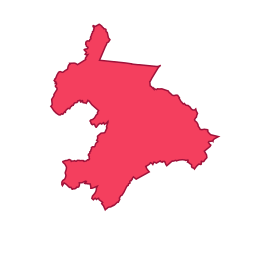 outline of El Arenal, Jalisco, Mexico, rotated 203°
{"feature_id": "50627088B54268846240144", "entity_name": "El Arenal", "entity_type": "district", "adm_level": 2, "iso_a3": "MEX", "parent_name": "Mexico", "parent_adm1": "Jalisco", "projection": "robinson", "projection_center": [-103.666, 20.759], "detail": "fine", "context": "isolated", "style": "filled", "palette": "rose", "viewbox_px": 256, "rotation_deg": 203, "n_neighbors": 0, "source": "geoboundaries", "source_scale": "gbopen_adm2", "svg_char_len": 5876}
<svg xmlns="http://www.w3.org/2000/svg" viewBox="0 0 256 256"><g transform="rotate(203 128 128)"><path d="M59.9,119.9L59.3,120.1L57.3,119.4L55.2,119.1L54.5,117.5L53.7,116.7L53.3,116.6L52.2,116.8L51.2,116.5L50.8,116.2L50.0,119.6L48.7,122.5L47.5,122.7L47.2,123.0L46.7,122.9L46.5,123.2L46.8,123.6L46.7,124.0L46.9,125.0L47.3,125.2L47.4,126.0L46.7,126.0L45.4,126.6L45.1,127.0L44.8,128.7L43.8,131.5L45.2,133.9L48.7,136.5L45.3,143.0L45.1,144.6L46.7,145.1L48.4,146.2L48.3,147.0L48.1,147.4L47.5,147.6L45.8,148.6L45.1,149.3L44.6,149.0L44.9,150.4L44.7,150.8L44.2,151.9L41.4,155.4L49.3,154.1L52.0,155.2L53.5,156.2L53.5,156.9L53.8,157.4L54.8,157.4L55.5,157.1L57.2,156.7L59.4,155.3L61.0,154.9L62.1,155.9L64.1,157.1L64.6,158.1L65.6,159.1L67.0,160.1L69.2,160.8L70.0,161.5L69.8,163.5L69.3,164.8L69.7,166.6L69.7,168.6L71.8,170.3L73.1,172.0L73.7,170.6L74.9,170.1L75.9,169.9L77.7,170.5L78.8,171.4L81.5,172.2L83.6,171.6L85.9,172.6L86.3,171.8L87.3,171.9L88.6,172.8L89.2,172.8L92.6,175.4L92.5,175.9L95.1,177.5L96.5,177.1L98.2,175.9L99.5,175.5L100.5,175.6L102.6,176.5L103.7,176.6L105.4,177.8L112.1,177.3L114.8,176.0L116.1,175.7L116.7,174.6L118.9,174.3L119.6,174.6L119.3,173.8L122.9,175.3L124.0,175.4L126.1,179.2L125.8,179.6L125.5,183.5L123.8,195.0L123.5,196.2L122.7,197.9L122.8,198.0L124.1,196.6L125.4,195.9L142.4,190.6L143.6,190.1L149.6,188.3L149.7,188.5L155.7,186.9L180.7,179.2L180.7,194.1L180.5,196.0L180.6,198.3L179.6,199.5L179.1,202.2L181.3,203.4L184.4,207.8L185.8,208.2L186.1,208.6L186.8,210.1L187.1,210.2L188.2,210.2L188.9,209.9L189.7,210.5L191.2,210.9L191.7,211.4L194.5,212.2L195.1,212.2L197.5,209.0L198.5,208.7L200.0,208.7L200.1,208.4L199.7,207.6L198.4,207.4L198.2,207.2L198.4,206.6L198.1,206.1L198.0,204.8L197.6,204.0L197.6,203.8L198.3,202.9L197.8,201.5L198.1,200.8L198.1,199.7L197.8,199.3L198.0,196.9L197.3,196.3L197.1,195.6L197.1,195.3L197.6,194.8L197.6,193.0L199.3,192.4L200.2,191.4L200.2,190.0L199.8,189.2L199.8,188.7L198.7,187.8L198.2,187.0L196.5,186.7L196.2,186.4L196.3,185.3L196.9,184.6L197.7,184.3L198.1,183.6L198.7,183.5L199.0,183.0L198.9,182.8L197.4,182.1L196.4,181.9L195.7,181.2L196.2,179.9L196.2,179.0L194.7,179.1L193.7,179.8L194.5,175.6L193.7,174.5L199.2,166.6L200.9,166.9L202.2,166.9L203.1,166.6L207.0,164.7L206.4,164.0L207.2,162.9L207.2,161.4L206.7,158.9L206.8,158.3L208.3,156.3L209.3,154.4L210.0,153.7L210.7,153.5L212.2,153.5L212.8,153.2L213.4,152.6L213.7,152.1L214.1,148.9L214.0,146.0L214.1,145.1L214.5,144.6L214.3,144.3L214.3,143.9L214.6,142.9L213.3,142.1L212.8,142.4L212.5,142.3L212.4,140.8L211.7,141.4L211.3,141.3L210.9,140.5L211.3,138.6L211.2,138.1L210.9,137.8L209.0,137.0L208.4,135.8L209.3,129.9L208.8,129.0L208.8,128.3L209.4,124.8L209.4,124.4L207.0,120.1L207.0,119.4L207.5,117.7L206.5,117.3L203.1,115.0L200.0,113.7L197.0,113.1L195.7,113.4L195.2,113.9L194.9,115.0L194.5,115.2L194.2,115.1L193.4,115.2L192.7,118.2L191.8,118.1L192.1,119.1L191.9,120.5L190.8,122.7L189.2,122.9L189.1,125.0L188.5,126.0L188.4,126.7L187.3,127.5L187.5,127.9L187.2,128.5L187.2,129.7L187.0,130.2L185.0,131.5L184.6,132.4L184.7,133.4L183.1,134.7L182.5,134.8L182.3,133.9L181.8,133.4L181.6,133.4L181.4,133.5L181.0,135.0L180.6,135.4L180.2,135.1L179.8,134.2L179.3,133.8L176.5,134.5L176.1,134.4L175.7,137.8L174.2,137.3L174.1,137.5L170.5,135.4L161.9,132.5L162.2,130.3L161.5,129.1L162.3,127.6L162.8,123.9L163.4,123.1L163.7,122.2L165.5,120.7L165.7,119.6L164.6,118.9L163.8,117.8L163.4,117.9L162.9,117.3L162.1,117.1L160.7,118.3L160.0,118.0L159.2,117.4L159.0,117.0L157.7,116.2L157.5,116.3L157.0,118.1L156.6,119.8L155.6,121.3L154.9,121.5L153.8,121.3L152.5,123.4L151.1,122.2L149.4,124.7L149.0,126.2L148.7,125.7L148.9,124.7L148.5,123.8L148.6,122.9L148.3,121.4L148.3,120.6L147.4,119.9L147.5,115.4L147.6,114.7L148.2,114.1L150.8,112.7L152.8,108.7L152.8,108.3L151.9,106.8L151.8,105.3L152.0,104.4L150.8,104.2L150.6,104.1L150.5,103.5L151.4,101.9L151.6,100.5L151.3,98.3L151.5,97.7L151.9,97.4L153.4,96.8L153.9,95.9L154.0,95.5L153.4,94.6L153.6,93.3L153.3,92.0L153.8,91.3L153.3,89.7L154.1,88.4L153.9,87.5L153.4,87.1L152.6,86.9L152.1,85.4L151.6,84.9L151.4,84.3L151.7,84.1L151.8,83.2L152.7,83.0L153.6,81.3L155.2,80.2L155.9,80.5L156.0,80.2L156.5,80.5L157.8,80.0L159.6,79.1L160.2,79.2L162.0,78.4L162.6,77.2L163.1,77.0L164.4,77.1L164.8,76.6L166.9,75.5L167.2,75.1L168.1,76.0L169.9,76.0L171.3,74.4L172.7,73.7L174.9,71.7L174.4,71.0L171.8,70.0L169.5,68.1L169.1,67.4L168.6,65.5L168.4,62.6L168.2,62.0L166.6,60.1L166.2,58.0L166.3,56.2L167.5,54.2L167.7,53.2L167.7,52.3L166.8,50.1L165.8,49.3L165.4,52.5L162.7,52.0L159.2,50.6L158.3,50.5L157.4,51.1L155.5,49.8L155.1,50.0L154.9,50.7L154.0,50.8L153.1,51.4L152.4,52.1L152.3,53.3L151.9,53.5L151.6,53.8L151.0,53.9L150.4,54.5L150.4,55.1L150.3,55.3L150.5,56.8L151.4,58.5L150.0,59.1L148.5,60.0L147.9,61.0L147.5,61.2L146.4,62.4L145.6,62.5L146.2,60.1L145.0,60.3L144.6,60.8L143.8,60.7L140.9,61.7L139.2,59.2L138.7,58.0L137.6,58.5L136.1,59.8L133.5,62.4L133.6,60.1L133.1,59.2L132.8,57.0L133.0,54.9L134.1,51.4L133.8,49.1L131.8,48.4L131.3,49.8L130.8,50.5L129.1,49.9L128.5,51.1L127.6,51.8L126.7,50.8L122.3,49.6L122.7,48.1L120.2,46.8L117.0,43.8L116.8,44.4L115.9,45.7L115.5,46.8L114.4,47.9L113.1,48.6L112.1,49.8L112.0,50.5L111.4,50.5L110.9,51.5L110.5,51.6L108.8,55.5L108.0,55.8L107.7,59.1L108.6,60.1L108.2,62.9L107.3,63.8L106.7,67.4L106.4,73.4L106.1,74.5L105.4,75.3L105.7,76.6L105.7,76.9L104.7,77.9L104.8,78.5L105.4,79.2L105.4,80.0L105.0,80.8L104.6,80.7L104.1,82.5L104.4,82.9L103.9,85.1L100.5,84.1L91.3,95.9L94.3,97.5L95.6,98.5L95.9,99.2L96.3,99.2L96.7,99.6L95.3,101.3L94.1,103.3L93.8,104.8L92.1,104.7L90.9,104.1L90.8,106.7L89.7,106.9L88.2,106.7L85.5,110.3L84.2,109.7L83.3,110.0L83.2,110.4L82.8,110.2L82.3,111.1L81.3,111.5L80.5,111.0L80.4,110.7L80.2,110.7L79.0,109.3L77.6,108.4L74.4,114.9L74.0,114.9L72.8,115.6L71.9,116.6L71.2,116.9L70.7,116.6L68.4,118.5L65.5,120.1L63.0,120.8L62.5,120.6L60.3,121.9L60.0,121.7L59.7,120.9L60.0,120.6L59.9,119.9Z" fill="#f43f5e" stroke="#9f1239" stroke-width="1.5"/></g></svg>